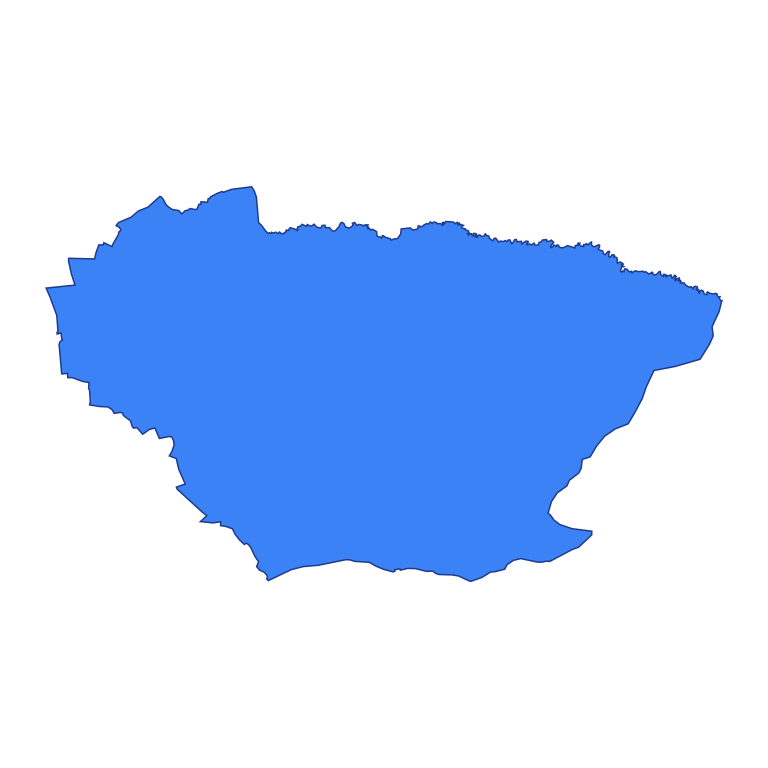 Paleu, Bihor, Romania (Equal Earth projection)
{"feature_id": "2599482B55319195618022", "entity_name": "Paleu", "entity_type": "district", "adm_level": 2, "iso_a3": "ROU", "parent_name": "Romania", "parent_adm1": "Bihor", "projection": "equal_earth", "projection_center": [22.001, 47.102], "detail": "fine", "context": "isolated", "style": "filled", "palette": "blue", "viewbox_px": 768, "rotation_deg": 0, "n_neighbors": 0, "source": "geoboundaries", "source_scale": "gbopen_adm2", "svg_char_len": 6103}
<svg xmlns="http://www.w3.org/2000/svg" viewBox="0 0 768 768"><path d="M591.8,531.2L572.1,528.7L559.9,524.6L553.9,520.0L550.7,515.4L548.1,513.2L551.4,501.7L557.2,492.9L566.9,485.9L569.3,480.3L578.8,473.0L581.1,468.6L582.3,459.4L590.1,456.9L596.7,445.9L604.7,436.1L615.4,428.8L628.2,423.8L635.6,411.2L642.2,398.6L646.3,386.8L654.0,370.5L675.3,366.4L700.1,359.2L709.5,344.2L713.2,335.9L712.1,326.6L719.1,311.6L721.9,300.5L720.6,300.8L719.2,297.8L719.9,296.8L718.5,297.0L717.2,295.5L717.1,294.0L715.6,293.3L713.6,294.0L709.8,293.3L707.6,291.9L706.9,292.5L707.1,294.4L706.4,294.7L704.1,293.8L703.3,291.2L701.6,290.2L700.0,291.0L699.5,293.0L698.5,292.2L698.8,289.9L696.4,290.1L696.1,289.5L697.7,288.2L697.0,286.6L695.0,286.3L693.6,287.2L693.0,288.8L691.1,286.7L689.0,287.1L685.7,285.1L683.9,282.8L680.3,283.0L680.2,282.1L680.9,281.4L680.5,280.5L678.3,280.6L679.5,279.1L679.3,278.0L676.8,278.8L675.6,280.6L675.0,280.3L675.2,278.0L676.3,276.6L675.3,275.5L674.4,275.4L672.7,278.1L671.9,277.8L670.8,274.9L668.5,275.8L667.2,275.5L666.2,276.8L665.3,275.9L666.3,275.2L663.9,274.2L663.0,276.4L660.7,274.4L660.2,271.5L659.2,271.6L656.8,274.2L654.5,275.0L652.5,273.5L652.7,272.7L652.1,272.2L649.0,274.1L645.6,271.6L644.2,272.3L642.8,271.2L638.7,271.7L635.2,270.8L632.0,272.9L631.6,271.3L629.2,271.9L627.1,269.3L625.0,268.8L624.3,269.6L624.0,271.6L622.6,271.1L621.7,272.2L620.5,270.9L621.6,267.0L623.7,266.6L621.6,265.4L621.5,264.7L622.8,264.7L623.3,264.0L620.4,262.0L617.3,263.1L617.4,259.3L616.6,258.6L616.8,257.6L613.8,256.7L614.6,255.8L613.8,254.7L611.7,255.0L610.9,256.6L609.5,257.2L609.0,256.7L608.7,253.7L609.6,252.3L609.4,251.4L607.9,251.5L605.2,254.6L603.4,253.9L602.9,251.2L598.2,249.3L599.5,247.0L599.5,245.0L598.4,244.9L594.0,246.9L591.6,245.3L591.5,242.1L589.7,243.0L588.4,244.9L586.4,243.7L585.1,244.7L583.8,244.5L583.4,245.2L583.8,246.3L582.7,246.6L579.1,245.1L580.0,243.2L578.1,243.1L577.2,245.3L575.3,245.6L574.8,247.9L567.6,245.6L563.5,247.7L560.0,247.6L558.0,245.0L556.5,245.2L556.5,246.4L553.8,245.1L553.2,246.6L550.8,247.5L550.6,246.4L553.7,242.3L551.3,240.1L550.2,241.0L546.9,241.5L546.5,239.6L542.5,240.0L540.9,242.1L539.1,242.3L538.5,244.7L536.1,245.3L534.9,244.9L534.1,243.1L531.3,244.9L529.5,243.9L527.2,244.8L526.9,243.5L528.4,242.0L527.9,241.3L525.9,241.1L521.7,243.9L521.4,241.3L517.1,241.8L516.5,239.7L515.8,239.4L514.5,239.9L512.6,243.3L511.8,243.6L509.7,239.8L508.3,240.0L506.9,241.6L505.2,240.5L503.5,241.6L500.7,241.1L498.8,242.0L495.6,238.1L494.0,238.6L492.9,240.6L492.1,240.5L489.2,237.9L488.7,236.0L486.3,235.4L485.7,234.0L485.1,233.9L484.5,235.8L481.7,236.5L479.7,234.9L477.5,235.8L477.4,237.3L474.4,236.5L476.0,235.5L476.6,234.3L475.9,233.6L473.7,233.4L473.1,235.2L472.3,235.6L471.6,233.7L469.6,233.8L468.5,235.1L467.5,233.6L469.1,232.4L467.9,230.4L466.5,230.4L465.5,229.8L465.4,228.9L462.0,228.1L461.7,227.2L462.0,226.5L463.4,225.4L460.9,224.5L459.9,225.0L459.5,223.3L457.8,224.5L458.0,223.0L457.3,222.3L455.0,223.7L453.5,222.1L445.8,221.5L444.5,223.5L443.6,222.3L442.5,222.6L443.3,224.7L442.3,225.5L441.6,224.2L440.5,223.7L437.2,223.7L436.6,222.7L434.7,222.1L433.5,222.1L432.4,223.5L430.3,221.9L428.7,224.0L426.5,223.7L423.8,225.0L423.1,226.1L420.1,226.9L419.7,225.9L418.1,226.1L417.8,228.6L416.6,229.3L412.8,230.0L410.3,227.9L401.2,228.9L400.7,233.9L398.2,237.7L397.1,238.7L394.1,238.9L391.2,240.2L390.4,238.7L385.4,237.3L383.4,235.7L382.3,235.7L382.2,237.3L381.5,238.0L380.1,236.9L378.5,237.0L376.9,235.5L376.6,231.6L372.6,229.3L370.4,230.0L369.4,228.3L367.8,228.5L368.3,227.0L367.0,226.5L368.0,224.9L365.1,224.8L363.4,226.1L362.3,225.1L358.7,224.4L356.8,225.6L354.8,222.5L352.4,223.2L353.1,224.9L351.7,226.6L348.8,228.2L345.2,226.6L344.1,223.9L342.4,222.4L340.7,222.9L338.9,226.8L335.3,230.7L334.1,231.1L332.5,231.1L329.4,227.6L325.4,227.6L325.1,225.3L322.2,225.4L320.8,228.0L317.1,227.3L314.0,224.2L312.0,225.8L310.4,226.1L307.3,224.5L306.4,226.4L302.2,224.3L300.5,226.0L297.9,226.9L297.2,228.5L298.0,229.4L297.3,230.6L295.6,229.4L290.7,227.8L289.4,228.2L288.8,230.3L286.1,230.2L286.1,231.6L283.0,233.8L281.4,233.6L279.5,232.0L278.0,233.6L275.8,232.2L272.7,233.2L271.7,232.3L271.0,233.3L269.4,232.8L268.6,233.6L265.7,231.1L261.5,225.3L258.6,222.7L256.4,197.1L254.3,191.0L251.6,186.8L231.7,189.3L223.3,192.3L222.3,191.5L217.6,193.2L210.4,196.9L210.1,198.4L208.2,198.7L207.5,202.2L201.0,201.8L200.8,204.4L198.9,204.3L197.2,208.6L196.1,209.7L190.1,208.5L188.1,210.0L185.2,210.7L181.8,213.9L178.7,210.5L172.2,209.5L167.9,206.5L165.8,204.3L163.3,199.4L161.2,196.9L159.9,196.4L147.9,207.2L138.5,210.9L131.2,217.1L118.4,222.6L116.1,225.7L118.8,227.0L120.8,229.3L120.4,230.6L118.7,232.2L118.4,234.6L112.6,244.6L112.0,246.6L103.9,242.7L103.2,244.9L98.9,244.9L96.1,252.4L94.6,258.9L68.7,258.3L68.5,260.8L71.4,274.0L75.0,285.1L46.1,288.1L50.0,296.9L56.8,315.5L58.0,332.1L57.0,332.3L57.2,334.1L60.9,332.9L61.8,339.0L62.5,339.9L59.9,341.8L59.1,344.5L61.7,373.9L67.5,373.4L67.8,377.7L72.0,377.6L82.9,381.5L89.0,382.5L88.6,388.6L89.5,390.0L90.3,400.9L89.6,404.9L99.4,406.5L107.7,406.9L112.1,409.6L114.2,413.4L120.2,412.4L122.8,413.2L123.1,415.0L124.1,416.1L130.5,420.9L132.1,426.1L133.5,428.1L136.9,427.7L142.7,434.2L149.3,429.5L154.9,428.0L159.4,438.5L169.2,436.5L171.8,437.0L173.6,440.8L174.1,444.9L172.0,451.4L169.3,455.9L176.3,458.5L178.7,469.2L185.2,484.0L176.4,487.1L177.2,489.2L202.9,512.7L206.8,515.6L200.4,521.6L213.0,522.9L220.6,521.8L220.6,525.7L225.7,526.4L232.5,528.8L235.1,534.3L239.4,539.8L244.3,544.5L246.4,543.1L248.4,544.6L250.3,546.7L255.1,556.7L258.6,561.7L256.6,566.6L259.6,570.2L264.0,572.1L266.9,575.2L267.4,577.2L266.7,578.9L268.3,580.6L291.4,569.6L303.1,566.6L318.1,565.3L345.8,559.7L349.6,559.8L354.8,561.4L369.2,562.3L376.1,566.2L383.8,569.4L393.2,571.9L395.0,571.2L394.7,569.7L399.9,568.8L400.3,570.2L407.7,568.4L415.5,568.6L426.7,571.4L432.7,571.1L435.5,573.3L438.9,574.5L452.0,574.9L458.4,575.9L469.6,581.1L471.2,581.2L481.8,577.5L490.7,572.0L495.0,571.7L504.7,569.2L507.1,564.6L513.5,560.3L520.9,558.6L537.3,562.1L542.2,562.1L546.8,561.1L549.7,561.5L572.2,549.5L578.6,547.2L591.7,534.9L591.8,531.2Z" fill="#3b82f6" stroke="#1e3a8a" stroke-width="1.5"/></svg>